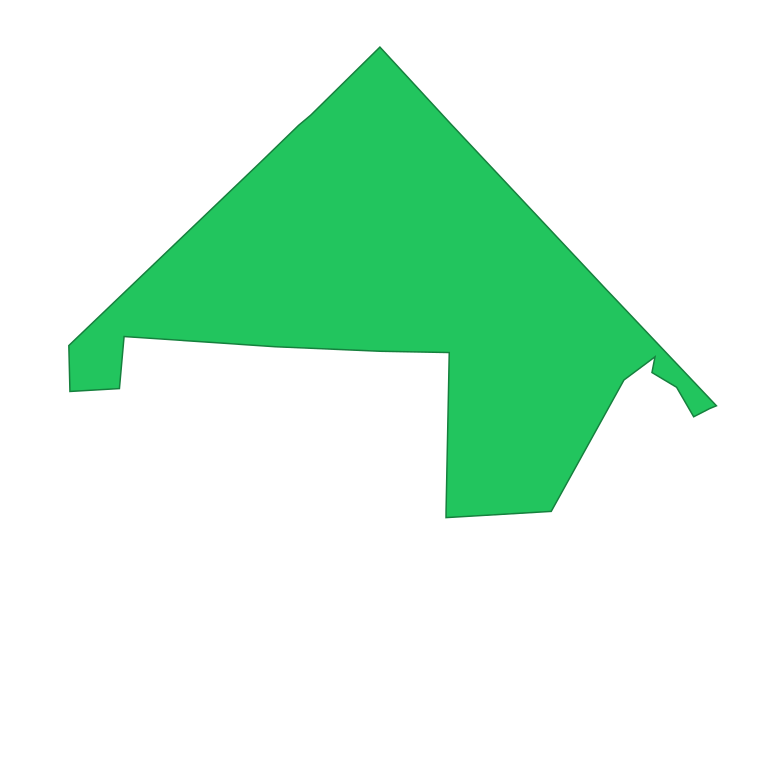 the district of St. Francois, Missouri, United States of America, rotated 136°
{"feature_id": "52423323B29286377635453", "entity_name": "St. Francois", "entity_type": "district", "adm_level": 2, "iso_a3": "USA", "parent_name": "United States of America", "parent_adm1": "Missouri", "projection": "equal_earth", "projection_center": [-90.477, 37.859], "detail": "fine", "context": "isolated", "style": "filled", "palette": "green", "viewbox_px": 768, "rotation_deg": 136, "n_neighbors": 0, "source": "geoboundaries", "source_scale": "gbopen_adm2", "svg_char_len": 471}
<svg xmlns="http://www.w3.org/2000/svg" viewBox="0 0 768 768"><g transform="rotate(136 384 384)"><path d="M155.3,524.8L152.9,629.2L250.0,628.3L265.7,629.4L320.0,629.3L584.0,630.6L615.1,596.8L577.5,564.5L538.0,598.7L436.4,486.4L364.0,410.2L315.2,361.3L427.5,249.6L432.2,244.8L352.2,176.2L208.6,220.2L170.2,215.3L183.3,206.1L175.8,178.4L184.0,145.3L166.8,140.1L160.0,137.4L158.6,280.7L158.5,296.9L155.3,524.8Z" fill="#22c55e" stroke="#15803d" stroke-width="1.5"/></g></svg>